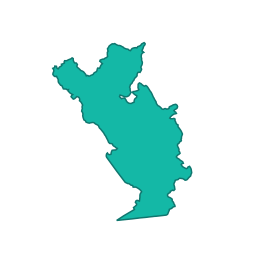 Barra de São Francisco, Espírito Santo, Brazil, rotated 324°
{"feature_id": "56859067B7430516791214", "entity_name": "Barra de São Francisco", "entity_type": "district", "adm_level": 2, "iso_a3": "BRA", "parent_name": "Brazil", "parent_adm1": "Espírito Santo", "projection": "robinson", "projection_center": [-40.814, -18.663], "detail": "fine", "context": "isolated", "style": "filled", "palette": "teal", "viewbox_px": 256, "rotation_deg": 324, "n_neighbors": 0, "source": "geoboundaries", "source_scale": "gbopen_adm2", "svg_char_len": 5653}
<svg xmlns="http://www.w3.org/2000/svg" viewBox="0 0 256 256"><g transform="rotate(324 128 128)"><path d="M64.5,196.1L67.2,197.7L68.6,198.5L76.7,203.2L77.7,203.8L85.1,207.9L88.1,209.7L90.3,211.0L93.4,212.7L95.8,214.1L97.3,214.9L98.7,215.8L100.6,216.9L107.7,220.9L109.2,221.1L110.3,220.5L111.8,219.5L112.8,219.0L113.6,218.1L114.8,218.4L116.1,218.7L117.5,218.5L118.6,218.5L119.9,219.1L120.5,218.0L120.6,216.4L121.1,214.9L121.0,212.9L121.9,211.5L121.6,210.3L121.0,208.9L120.1,207.5L120.1,206.2L120.8,205.2L122.0,204.7L123.0,204.8L124.2,204.9L125.0,204.1L126.3,204.4L127.4,204.4L128.3,205.5L129.9,205.2L130.6,203.8L131.2,202.7L131.6,201.4L132.2,200.2L133.5,199.4L134.4,199.0L135.4,198.1L136.5,198.4L138.1,199.1L139.3,198.9L140.4,199.1L141.2,199.9L142.5,201.1L143.2,202.6L143.5,203.8L144.5,204.3L145.5,204.5L146.5,204.3L147.4,204.0L148.6,203.8L150.5,203.6L151.8,202.5L153.2,201.7L154.0,200.2L154.9,198.4L155.2,197.0L155.3,195.2L153.7,194.8L152.5,195.4L151.2,195.1L150.4,193.6L149.7,192.1L149.4,190.8L149.5,188.9L150.5,188.6L152.0,189.1L152.4,187.5L152.0,186.3L151.3,184.8L151.2,183.7L150.8,182.6L150.2,181.4L150.1,179.8L151.3,179.3L152.3,179.1L153.8,179.2L155.2,179.1L155.7,177.8L155.6,176.6L156.8,175.1L157.1,173.8L157.3,172.4L157.7,171.2L158.6,170.3L159.6,170.3L160.7,170.2L161.8,169.5L162.9,169.9L164.0,169.3L164.3,168.2L165.3,167.7L166.0,166.6L167.1,165.9L168.5,164.9L168.9,163.3L169.2,161.7L169.3,160.1L169.3,158.3L169.2,156.4L170.3,154.9L169.7,153.6L169.7,152.5L170.2,150.8L170.4,149.4L171.3,148.5L170.8,147.2L169.8,146.9L168.8,146.2L168.0,145.6L167.6,144.5L168.9,144.0L170.5,143.7L173.2,143.7L174.3,144.2L175.7,144.7L175.9,143.1L175.3,142.1L175.5,140.8L176.6,140.7L178.1,140.9L179.4,140.8L180.6,140.0L181.1,138.6L180.6,136.9L179.3,136.3L178.0,135.8L176.3,135.7L174.9,135.3L173.6,135.3L172.8,136.2L171.8,136.1L170.4,135.6L169.9,134.5L168.9,133.8L167.4,133.6L166.7,132.7L166.6,131.5L166.4,130.2L166.1,128.9L165.4,127.7L165.3,126.1L165.5,124.5L166.1,123.3L166.2,122.0L166.3,120.5L166.6,118.9L166.7,117.5L167.1,115.9L167.5,114.0L167.7,112.4L167.6,111.3L167.7,109.9L167.8,108.6L167.9,107.1L167.9,105.6L167.4,104.1L165.9,103.8L165.1,102.1L164.8,100.9L164.6,99.7L163.7,98.2L162.0,98.5L160.8,100.0L159.7,101.4L159.3,103.4L157.9,103.4L156.1,102.8L154.4,102.1L153.6,101.5L152.6,101.8L152.7,103.4L153.1,104.7L153.4,105.9L154.1,106.9L153.1,108.2L151.9,108.4L150.9,108.4L150.0,108.8L149.0,109.6L148.1,110.7L146.6,110.3L144.9,110.0L144.0,109.2L143.2,108.4L142.6,106.6L142.6,105.0L142.9,103.9L142.9,102.1L141.7,101.0L140.0,100.5L139.7,98.9L139.6,97.6L141.0,96.7L142.2,98.4L143.2,100.0L144.0,101.0L145.4,102.0L147.5,102.4L149.0,102.0L150.2,101.5L151.5,100.9L151.7,99.1L152.4,98.0L153.0,97.1L153.3,95.8L154.3,95.3L155.3,94.4L157.6,94.1L159.3,93.1L160.7,92.9L161.8,92.1L163.2,91.6L164.5,91.5L166.0,91.1L167.0,89.8L168.6,88.9L169.7,89.3L170.4,90.1L171.8,89.5L172.8,89.0L173.6,88.4L174.0,86.7L174.9,85.8L176.1,85.3L177.3,84.4L178.3,83.2L178.8,81.2L179.9,79.8L180.5,78.2L181.3,77.3L182.0,76.5L183.1,76.0L184.1,75.8L185.2,76.1L185.0,74.9L184.6,73.9L185.5,73.2L187.0,72.4L188.7,71.1L190.7,70.6L191.5,69.7L191.2,68.4L189.8,68.2L188.4,68.0L187.1,68.5L185.7,68.5L183.7,67.9L182.3,68.4L181.3,67.4L180.2,66.8L179.2,66.4L178.0,66.1L176.8,66.4L175.5,66.9L174.7,65.9L174.3,64.2L173.2,63.2L172.5,62.1L171.9,61.2L171.7,59.9L171.0,58.6L170.4,57.2L169.7,56.3L168.5,55.4L167.5,53.5L166.9,51.9L165.6,51.4L164.7,50.6L162.6,50.5L160.9,50.6L159.4,51.4L158.1,51.7L157.4,53.0L157.0,54.2L155.8,54.6L155.0,55.7L154.2,56.8L153.6,58.1L152.1,58.4L150.4,58.0L149.0,58.1L148.2,57.5L147.0,57.1L145.4,56.7L144.4,57.4L144.8,58.5L144.8,59.7L145.1,60.9L143.4,61.2L142.1,61.8L141.2,62.4L140.2,63.0L138.7,61.7L137.7,62.3L136.6,63.4L135.2,63.8L133.6,63.5L132.4,63.6L131.4,64.2L130.0,63.9L128.9,63.6L127.9,63.5L126.8,63.1L126.3,61.8L124.9,61.3L125.3,60.0L125.2,58.4L125.1,56.5L124.6,55.2L123.7,53.9L123.4,52.1L123.1,50.6L122.7,49.2L122.9,47.9L124.4,46.9L124.4,45.1L123.1,44.0L123.1,42.6L123.5,41.1L124.5,39.6L124.0,38.4L122.5,38.5L120.8,38.0L119.5,37.7L118.2,37.6L117.2,37.0L116.3,36.3L115.3,36.9L114.8,38.0L113.1,37.8L111.6,37.3L111.3,38.5L109.8,38.6L108.4,38.4L107.3,38.8L106.2,39.1L105.7,37.9L106.4,36.0L105.2,34.9L104.1,36.0L102.2,35.5L102.1,37.0L101.7,38.1L100.8,38.8L99.9,39.3L98.8,40.3L98.6,41.9L99.2,43.5L100.6,44.2L100.3,45.3L100.2,46.6L100.0,47.9L99.1,49.0L98.5,50.4L98.6,52.0L98.6,53.8L99.4,54.8L99.1,56.3L98.7,58.4L99.9,59.4L100.9,60.2L101.2,61.3L102.4,61.9L101.3,62.7L101.6,65.5L102.2,66.9L102.9,68.5L101.6,68.5L100.3,69.2L100.5,70.7L100.7,72.5L101.9,72.9L103.2,72.8L105.1,72.5L105.8,73.4L106.3,74.7L105.9,76.3L104.8,77.4L105.1,78.7L105.2,80.1L105.0,81.2L104.8,82.8L103.8,83.3L103.0,84.3L102.4,85.5L101.4,86.2L100.4,87.1L100.3,88.7L99.8,90.2L98.7,91.3L98.0,92.7L97.5,94.2L97.1,95.6L97.8,97.0L97.5,98.6L98.4,100.0L99.5,101.3L100.8,101.8L102.8,102.8L103.7,103.9L104.0,105.5L104.6,106.7L105.2,107.7L105.4,109.0L105.1,110.1L104.9,111.2L105.2,112.8L105.3,114.8L105.4,116.7L105.4,118.4L105.1,119.6L105.2,121.3L104.9,122.9L104.6,124.8L104.4,126.3L103.9,128.0L104.1,129.7L105.2,130.7L106.0,131.8L105.6,133.3L106.0,134.7L106.5,135.6L106.6,136.8L107.4,138.2L106.3,138.6L104.9,138.5L104.1,137.8L103.2,137.3L102.1,136.7L101.1,137.2L100.1,137.9L98.9,139.2L97.5,138.8L96.6,137.7L96.7,136.1L95.7,136.2L94.8,136.9L93.9,137.9L93.5,139.1L93.5,156.3L93.8,170.3L95.2,172.9L96.2,173.7L96.8,176.0L98.0,177.3L97.4,178.8L99.7,180.5L100.5,182.2L101.2,184.1L101.6,185.9L101.5,187.6L99.5,188.3L98.3,189.2L96.8,191.2L96.0,192.0L94.3,193.8L92.8,191.8L91.3,191.7L90.2,192.6L90.4,194.3L89.8,195.2L88.2,195.5L85.7,195.6L85.3,197.7L72.9,196.5L66.6,196.2L64.5,196.1Z" fill="#14b8a6" stroke="#0f766e" stroke-width="1.5"/></g></svg>